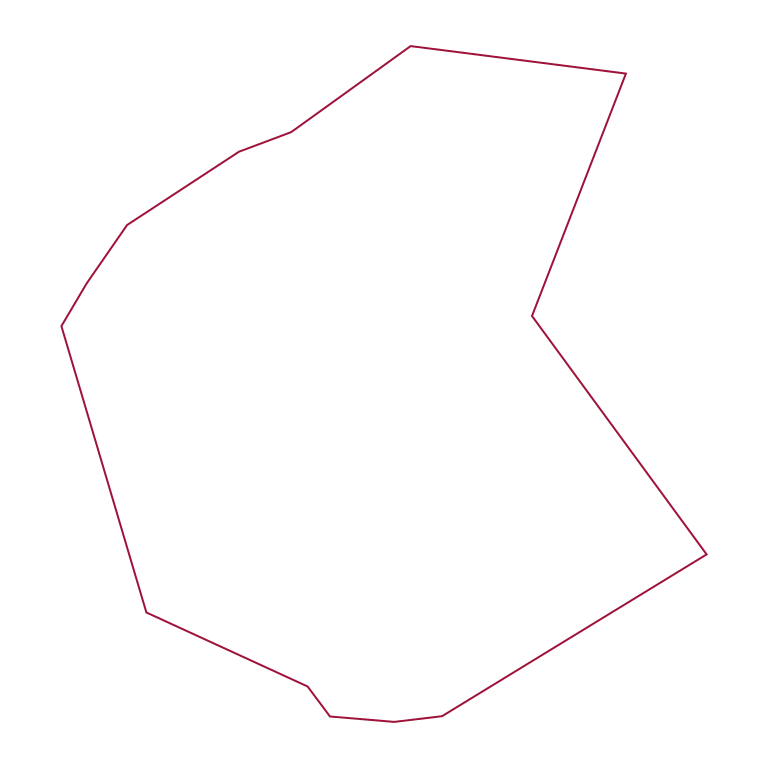 the Municipality of Cerkvenjak
{"feature_id": "SVN-198", "entity_name": "Cerkvenjak", "entity_type": "Municipality", "adm_level": 1, "iso_a3": "SVN", "parent_name": "Slovenia", "parent_adm1": "", "projection": "natural_earth1", "projection_center": [15.947, 46.561], "detail": "fine", "context": "isolated", "style": "outline", "palette": "rose", "viewbox_px": 768, "rotation_deg": 0, "n_neighbors": 0, "source": "natural_earth", "source_scale": "10m", "svg_char_len": 303}
<svg xmlns="http://www.w3.org/2000/svg" viewBox="0 0 768 768"><path d="M146.4,612.5L61.4,326.1L86.8,283.2L127.1,225.0L239.0,151.7L291.2,132.1L410.6,46.1L625.9,73.6L532.0,316.0L706.6,554.4L442.0,716.2L394.2,721.9L330.0,716.5L307.6,686.5L146.4,612.5Z" fill="none" stroke="#9f1239" stroke-width="2"/></svg>